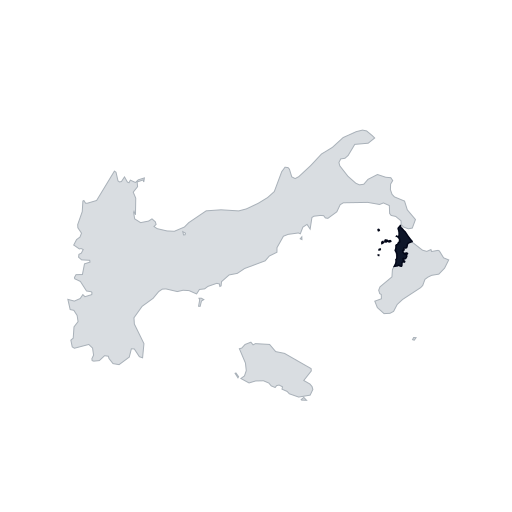 Messina on a map of Italy (Equal Earth projection), rotated 291°
{"feature_id": "ITA-5411", "entity_name": "Messina", "entity_type": "Province", "adm_level": 1, "iso_a3": "ITA", "parent_name": "Italy", "parent_adm1": "", "projection": "equal_earth", "projection_center": [14.885, 38.306], "detail": "fine", "context": "in_parent", "style": "filled", "palette": "ink", "viewbox_px": 512, "rotation_deg": 291, "n_neighbors": 0, "source": "natural_earth", "source_scale": "10m", "svg_char_len": 6555}
<svg xmlns="http://www.w3.org/2000/svg" viewBox="0 0 512 512"><g transform="rotate(291 256 256)"><path d="M111.1,113.3L113.8,114.8L124.6,111.5L131.0,113.4L136.4,110.3L140.0,105.4L139.4,101.7L148.1,95.9L148.8,102.6L153.3,107.1L157.9,108.2L156.7,110.9L161.1,116.5L163.0,116.0L163.6,115.0L162.6,110.3L169.3,101.2L169.8,94.9L170.9,94.2L174.1,94.7L176.5,100.6L187.2,98.7L190.8,103.2L192.4,102.3L189.9,94.6L191.3,90.8L194.1,90.1L196.0,91.9L200.1,92.4L200.3,90.1L199.3,88.6L200.9,81.9L207.0,82.6L210.6,84.9L214.8,84.9L218.5,79.6L221.4,78.3L235.1,77.9L245.3,74.7L246.1,75.4L244.2,78.0L244.8,79.6L250.7,87.3L284.5,93.4L284.0,95.3L276.7,100.2L276.2,102.0L277.3,103.7L282.7,104.9L278.9,109.5L278.9,111.2L281.8,111.5L281.4,117.1L284.9,118.8L288.9,123.8L284.9,124.7L286.5,123.3L282.5,118.5L278.3,120.6L271.6,118.5L266.9,123.0L251.3,128.7L254.0,126.1L252.9,126.1L247.2,129.4L245.8,136.3L250.1,143.2L253.4,145.6L251.8,149.8L249.7,151.4L247.0,150.2L246.1,153.9L247.5,163.9L249.8,170.9L257.4,178.8L263.1,181.3L280.3,193.3L286.6,206.8L291.9,223.7L296.5,230.1L306.0,239.2L314.7,245.9L322.7,250.0L344.0,249.8L349.3,251.3L350.0,254.2L349.0,256.1L342.7,261.0L342.3,264.8L345.4,267.5L359.9,274.6L374.7,280.6L384.8,288.4L397.8,294.9L408.0,305.0L411.7,310.3L412.4,314.4L410.0,321.5L408.7,324.5L401.5,320.3L395.6,308.2L382.9,306.0L379.1,304.0L377.0,300.3L373.0,299.9L370.2,301.9L363.4,313.2L359.7,323.1L359.5,327.1L361.6,330.9L367.7,333.1L375.6,340.2L376.0,348.9L377.4,353.8L375.4,356.6L371.4,355.9L366.1,357.7L362.3,360.9L360.8,364.0L360.5,375.0L353.3,380.7L347.2,391.8L338.1,391.9L336.0,388.5L335.9,383.4L337.4,380.2L340.8,378.8L343.0,372.3L342.3,367.6L343.6,365.5L350.9,362.4L351.2,355.9L348.4,352.9L346.1,341.1L337.0,318.5L334.1,316.2L326.2,315.6L316.9,309.6L316.4,307.1L317.9,304.7L316.9,301.5L313.9,295.8L312.0,294.4L300.5,296.9L303.8,292.3L299.7,289.4L292.6,289.4L292.7,287.3L287.7,278.2L284.3,274.5L271.3,272.6L267.0,274.2L260.7,268.4L254.8,266.3L240.2,249.8L233.1,244.8L228.7,237.7L219.7,233.0L215.6,234.1L214.6,233.2L216.8,231.8L216.4,229.1L210.4,222.0L206.9,219.8L204.5,215.2L199.3,214.1L199.7,205.9L197.9,200.2L194.6,195.3L193.0,183.7L191.5,180.4L187.9,177.9L179.6,175.1L168.2,167.7L154.6,164.2L148.9,166.8L134.0,182.8L120.3,186.6L120.2,183.2L125.6,175.7L124.7,172.9L116.2,173.9L105.5,167.1L104.3,161.1L107.6,155.5L109.5,154.1L108.7,150.4L102.2,147.2L99.7,142.2L99.6,140.5L101.3,139.6L105.2,139.9L111.5,136.4L113.5,131.6L104.8,119.5L105.3,117.0L111.1,113.3ZM252.0,182.0L252.5,178.9L249.7,180.8L250.4,182.2L252.0,182.0ZM335.6,380.0L324.7,397.5L321.1,409.3L321.5,413.8L324.7,417.0L323.1,418.3L326.5,423.9L326.4,425.4L321.5,431.8L321.4,437.3L312.2,436.4L304.6,433.2L300.9,426.9L298.0,424.2L294.8,422.1L288.2,422.2L285.4,421.0L268.1,408.5L261.4,405.2L253.6,404.3L250.5,401.6L248.1,396.2L251.3,387.8L256.4,383.1L261.0,388.4L265.0,386.7L265.2,385.0L268.0,382.8L271.6,382.8L285.2,390.4L292.3,388.2L298.8,389.1L304.8,388.0L312.6,383.7L321.6,384.2L331.9,379.2L335.6,380.0ZM174.0,286.9L178.3,300.4L173.8,308.6L175.3,317.5L170.6,347.8L168.5,348.8L156.9,345.2L155.8,352.2L154.2,355.1L151.8,356.9L145.5,356.4L139.6,346.4L139.3,336.5L140.7,333.7L141.0,328.0L143.4,327.6L143.8,323.8L142.4,321.7L140.1,321.0L140.2,316.8L142.0,313.5L142.2,307.7L139.2,300.4L135.0,295.0L136.2,285.8L139.9,288.2L145.5,288.0L152.3,284.5L163.5,273.7L164.9,275.7L169.5,277.5L173.7,282.1L172.0,285.1L174.0,286.9ZM196.1,217.9L197.0,220.0L196.6,222.9L194.4,221.2L189.0,221.9L188.5,220.4L195.1,219.1L196.1,217.9ZM141.1,351.3L139.4,354.9L137.8,350.2L138.1,349.6L141.1,351.3ZM139.6,279.2L137.1,283.0L135.8,282.8L139.0,278.5L139.6,279.2ZM237.1,434.7L234.1,433.9L234.0,432.1L236.4,432.4L237.1,434.7ZM290.3,291.9L287.8,293.0L287.9,291.1L290.3,291.9Z" fill="#d9dde1" stroke="#a8b0b8" stroke-width="1"/><path d="M295.9,388.8L298.4,389.1L300.0,389.0L301.5,388.6L302.8,387.9L303.7,388.3L305.0,388.1L308.3,386.8L309.2,386.1L310.0,385.3L311.0,384.0L311.3,383.9L312.2,383.9L312.8,383.9L314.9,383.4L315.3,383.1L315.5,383.0L315.8,382.9L316.5,383.0L316.8,383.1L317.3,383.8L317.5,383.9L317.8,384.0L318.5,384.2L319.4,384.2L319.7,384.2L319.8,384.3L320.0,384.8L320.2,385.0L320.7,385.1L321.2,384.9L321.7,384.6L323.2,384.1L323.9,383.1L324.9,381.0L324.8,380.7L324.9,380.3L324.8,380.1L325.0,380.1L325.0,380.5L324.9,381.4L325.0,381.9L325.3,382.1L325.8,382.2L326.3,382.2L327.1,382.1L329.2,381.3L329.8,380.9L330.2,380.6L331.2,380.0L332.3,379.0L332.7,378.8L333.6,378.9L335.1,379.6L336.1,379.8L336.0,380.1L335.9,380.2L335.6,380.3L335.4,380.3L334.3,381.0L333.9,381.5L333.7,382.0L333.6,382.5L334.0,382.5L332.7,384.8L332.0,386.6L329.1,390.6L326.6,394.6L326.1,395.7L325.6,396.5L325.4,396.6L323.4,394.3L322.3,393.4L321.0,393.2L318.9,393.6L317.8,393.6L317.1,392.9L316.9,391.8L316.7,391.5L316.4,391.3L316.0,391.3L315.7,391.4L314.8,392.1L314.7,392.1L314.4,391.7L314.2,391.3L314.0,391.1L313.7,391.0L313.3,391.6L313.1,391.6L312.5,391.5L312.3,391.5L312.2,391.6L312.0,391.8L311.9,392.0L311.8,392.5L311.8,393.1L311.6,393.3L311.4,393.4L311.2,393.6L311.1,393.8L311.0,394.0L310.9,394.4L311.0,394.6L311.0,394.8L311.3,394.9L311.7,394.6L311.9,394.6L312.2,394.6L312.5,394.9L312.7,395.2L312.8,395.6L312.8,396.0L312.7,396.4L312.5,396.6L312.3,396.5L311.8,396.2L311.5,396.1L311.3,396.3L310.4,396.4L309.6,396.9L309.3,396.9L307.4,396.6L306.4,395.7L306.3,395.2L306.6,394.8L306.7,394.6L306.6,394.3L306.5,394.2L306.3,394.2L306.1,394.2L305.6,394.4L305.0,394.8L304.8,395.1L304.6,395.4L304.5,395.7L304.5,396.3L304.4,396.5L304.2,396.8L303.8,396.8L303.6,396.8L303.4,396.6L303.4,396.4L303.3,395.8L303.2,395.3L303.0,395.0L302.5,394.8L302.1,394.7L299.3,395.6L298.6,395.5L298.3,394.3L298.3,394.0L298.5,393.0L298.5,392.5L297.5,391.6L295.9,388.8ZM315.8,372.6L315.6,372.3L315.6,371.7L315.8,371.1L316.3,370.9L317.2,370.9L317.4,371.1L317.2,371.6L317.4,371.8L317.6,372.0L317.7,372.4L317.0,372.4L317.2,372.8L317.4,373.1L317.4,373.4L316.9,373.5L316.5,373.2L316.2,372.8L315.8,372.6ZM314.6,369.9L314.5,370.3L313.5,369.8L312.7,369.1L313.3,368.7L314.3,368.6L314.7,368.8L315.0,369.2L314.8,369.3L314.7,369.5L314.6,369.9ZM317.4,374.1L317.4,374.6L317.8,374.8L318.1,375.2L318.4,375.6L318.5,376.1L318.3,376.3L317.9,376.6L317.3,375.9L316.9,375.4L316.8,374.8L317.2,374.1L317.4,374.1ZM324.5,360.5L324.8,360.8L324.8,361.1L324.6,361.3L324.6,361.5L324.4,361.7L324.2,361.9L323.9,361.8L323.4,361.3L323.4,361.2L323.6,361.0L323.8,360.9L324.0,360.7L324.3,360.5L324.5,360.5ZM306.7,368.9L306.8,369.3L307.0,369.5L306.7,369.7L306.1,369.5L305.9,369.0L305.8,368.6L306.4,368.6L306.7,368.9ZM300.5,370.4L300.4,370.0L300.8,369.8L300.9,370.3L300.5,370.4Z" fill="#0f172a" stroke="#020617" stroke-width="1.5"/></g></svg>